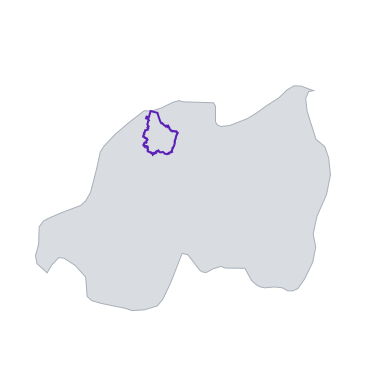 Nyabihu, Western, Rwanda (highlighted), rotated 17°
{"feature_id": "39286606B61881490568352", "entity_name": "Nyabihu", "entity_type": "district", "adm_level": 2, "iso_a3": "RWA", "parent_name": "Rwanda", "parent_adm1": "Western", "projection": "robinson", "projection_center": [29.504, -1.642], "detail": "fine", "context": "in_parent", "style": "outline", "palette": "violet", "viewbox_px": 384, "rotation_deg": 17, "n_neighbors": 0, "source": "geoboundaries", "source_scale": "gbopen_adm2", "svg_char_len": 5971}
<svg xmlns="http://www.w3.org/2000/svg" viewBox="0 0 384 384"><g transform="rotate(17 192 192)"><path d="M152.9,108.4L157.3,108.3L186.4,100.4L189.3,102.9L194.0,118.1L196.4,120.4L200.5,120.9L208.6,117.4L223.6,105.5L230.1,98.2L237.8,88.0L247.6,76.5L253.1,66.5L258.5,60.6L265.5,58.8L273.2,59.3L278.6,59.5L274.2,61.9L273.3,69.2L278.4,81.0L295.1,105.3L305.7,109.8L312.6,119.2L319.4,135.1L321.4,155.0L318.6,179.0L320.2,196.8L326.4,208.5L328.0,223.7L325.1,242.3L321.5,253.4L317.3,257.1L312.6,258.5L306.2,257.2L298.3,258.8L289.8,262.3L284.5,262.8L281.1,262.1L274.8,259.2L264.9,249.5L246.4,254.9L241.4,254.7L234.6,259.3L229.1,264.9L225.7,265.4L222.3,264.6L206.3,253.2L200.5,253.6L198.1,285.5L195.4,303.2L192.1,311.1L180.7,318.7L169.2,323.0L162.9,322.7L137.7,325.1L127.8,325.2L122.3,322.6L115.2,304.5L101.8,296.4L89.0,292.7L83.7,293.7L79.1,303.2L77.1,311.7L64.7,305.8L60.9,298.7L60.6,286.6L56.0,269.9L58.6,262.9L63.4,258.3L73.8,249.5L89.5,237.4L92.9,231.6L95.1,221.9L94.1,199.4L92.6,180.5L94.5,173.7L101.7,159.1L111.3,144.1L122.6,128.2L129.3,126.6L138.2,120.6L147.6,111.7L152.9,108.4Z" fill="#d9dde1" stroke="#a8b0b8" stroke-width="1"/><path d="M133.7,161.9L134.5,161.4L134.8,161.4L134.9,161.6L135.1,161.5L135.3,161.6L135.7,161.5L135.9,161.4L136.1,161.4L136.3,161.7L136.7,162.0L136.5,162.4L136.3,162.7L136.2,163.0L136.3,163.2L136.7,163.1L136.9,163.4L137.0,163.6L137.2,163.8L137.3,163.8L137.5,164.1L137.5,164.3L137.4,164.5L137.6,165.1L137.5,165.6L137.5,165.8L138.0,166.1L138.3,166.2L138.6,166.2L138.9,166.1L139.2,166.2L139.3,166.1L139.5,166.2L140.2,166.1L140.4,166.1L140.6,166.3L140.9,166.2L141.0,166.3L141.2,166.5L141.3,166.4L141.5,166.7L141.7,166.8L141.9,166.9L142.0,166.8L142.5,166.8L142.5,166.7L142.7,166.8L142.8,166.7L142.9,166.8L143.0,166.7L143.0,167.0L143.3,167.3L143.6,167.8L143.8,167.5L144.1,167.3L144.2,167.0L144.3,166.9L144.4,166.7L144.5,166.3L144.8,166.3L144.9,166.2L145.1,166.1L145.1,165.6L145.4,165.1L145.5,165.1L145.4,165.0L145.5,164.9L145.6,164.7L145.8,164.4L145.7,164.3L145.8,163.8L146.0,163.7L146.2,163.8L146.3,164.0L146.3,163.8L146.5,163.9L146.7,163.7L146.8,163.6L146.9,163.2L147.0,163.0L147.0,162.9L147.2,162.7L147.5,162.7L147.6,162.4L147.7,162.2L147.8,162.3L147.9,162.2L148.1,162.4L148.4,162.6L148.9,163.2L149.2,163.2L149.6,163.2L149.8,163.4L150.1,163.4L150.4,163.2L151.0,163.1L151.3,162.9L151.4,162.7L151.8,162.6L152.1,162.3L152.4,162.3L152.5,162.3L152.9,162.3L153.3,162.6L153.9,162.8L154.3,163.2L154.5,163.1L155.2,163.3L155.6,163.1L155.8,163.1L156.0,163.2L156.7,163.1L156.9,163.2L157.0,163.2L157.5,162.6L157.8,162.7L158.0,162.6L158.2,162.4L158.3,162.2L158.5,162.1L158.4,162.0L158.4,161.8L158.2,161.6L158.3,161.3L158.5,161.2L158.9,161.0L159.2,161.0L159.3,160.7L159.5,160.6L159.6,160.3L159.7,160.2L159.8,160.1L160.1,160.1L160.1,159.9L160.3,159.8L160.5,159.9L160.6,159.7L161.0,159.5L161.2,159.4L161.0,159.1L160.8,159.0L160.8,158.8L160.8,158.7L160.8,158.4L160.6,158.3L160.7,158.1L160.7,157.8L160.7,157.7L160.7,157.2L160.7,156.8L160.6,156.6L160.7,156.3L160.6,156.1L160.4,155.9L160.4,155.7L160.5,155.4L160.6,155.2L161.0,155.2L161.0,154.7L161.1,154.1L161.1,153.8L161.3,153.5L161.3,153.1L161.3,152.8L161.4,152.5L161.4,152.3L161.3,152.1L161.2,151.7L161.3,151.4L161.3,151.2L161.2,150.5L161.2,150.0L161.2,149.9L161.2,149.7L161.1,149.4L161.1,149.2L160.9,148.9L160.6,148.9L160.6,148.6L160.6,148.3L160.6,148.2L160.6,147.9L160.5,147.5L160.6,147.3L160.6,147.2L160.6,146.8L160.5,146.6L160.6,146.3L160.7,146.2L160.9,145.7L160.6,145.2L160.6,144.3L160.5,144.0L160.5,143.7L160.6,143.4L160.6,143.2L160.6,142.9L160.7,142.5L160.7,142.3L160.5,142.2L160.8,141.3L160.8,140.9L160.9,140.5L160.8,140.4L161.0,140.3L161.1,139.6L160.4,139.3L160.0,139.4L159.7,139.2L159.5,138.6L159.3,138.5L159.0,138.5L158.8,138.7L158.5,139.0L157.9,138.9L157.7,139.1L157.2,138.9L157.0,139.0L156.8,139.0L156.5,139.1L156.2,139.4L156.1,139.5L155.8,139.5L155.5,139.8L155.2,139.5L154.9,139.5L154.7,139.4L154.1,139.5L154.1,139.3L153.9,139.2L154.0,139.1L153.5,139.0L153.3,138.7L152.8,138.7L152.7,138.6L152.4,138.4L152.1,138.3L152.0,138.2L151.9,137.9L151.7,137.7L151.7,137.4L150.5,136.2L150.5,136.3L150.4,136.3L150.2,136.4L150.2,136.6L150.2,137.1L149.7,137.2L149.5,136.7L149.4,136.7L149.3,136.0L149.1,135.9L148.7,136.4L148.2,136.5L148.0,136.3L147.8,136.6L147.7,136.9L147.4,136.7L147.3,136.4L147.2,136.4L147.0,136.5L146.5,136.6L146.3,136.5L146.1,136.3L145.3,136.0L145.1,135.8L143.6,135.0L143.5,135.3L143.1,135.2L142.7,135.3L142.4,135.2L142.2,135.0L142.1,134.9L141.2,134.0L140.4,133.0L137.8,129.4L135.8,126.4L128.7,126.7L128.9,133.0L127.0,133.1L127.0,133.6L126.5,133.6L126.5,135.0L127.5,135.0L127.5,134.6L128.4,134.6L128.5,134.6L128.8,134.8L128.9,135.0L128.9,135.4L129.9,136.1L129.3,137.0L129.3,137.3L129.3,137.6L129.5,138.1L129.5,138.4L129.5,139.1L129.4,139.5L129.6,139.9L129.6,140.6L129.8,140.8L131.2,141.9L130.8,142.2L131.0,142.7L131.1,142.8L131.2,143.1L131.4,143.4L130.7,143.7L130.9,144.1L131.6,145.2L130.6,146.0L129.2,146.6L129.4,147.3L129.3,147.5L129.2,148.3L129.3,148.4L129.3,149.0L129.2,149.2L129.2,149.7L128.9,149.8L129.2,150.3L129.1,150.6L129.3,150.7L129.0,151.1L129.1,151.5L129.2,151.9L129.0,152.5L128.9,152.7L128.9,153.0L129.0,153.2L129.1,153.3L129.4,153.0L129.7,153.0L129.9,153.1L130.1,153.1L130.3,153.2L130.4,153.6L130.6,153.9L131.1,154.1L131.4,153.8L131.6,153.9L131.9,153.9L132.1,154.1L132.3,154.0L132.5,154.2L132.9,154.1L133.0,154.2L133.3,154.1L133.4,154.3L133.6,154.6L133.8,154.7L134.1,154.9L134.1,155.1L133.9,155.1L133.8,155.3L133.9,155.5L133.7,155.6L133.6,155.9L133.6,156.0L133.5,156.5L133.4,156.6L133.4,156.8L133.5,157.1L133.9,157.6L133.7,157.8L133.8,158.3L133.1,158.5L133.0,158.4L132.6,158.3L132.2,158.6L132.1,158.8L132.1,159.0L132.0,159.4L132.1,159.5L132.1,159.9L132.0,160.0L131.9,160.1L131.8,160.5L131.9,160.8L131.8,161.0L131.8,161.4L132.0,161.4L132.1,161.5L132.3,161.4L132.4,161.5L132.5,161.7L132.6,161.8L132.6,161.7L132.8,161.9L133.1,161.9L133.1,161.7L133.3,161.8L133.4,162.0L133.4,161.9L133.5,162.0L133.6,161.9L133.7,162.0L133.7,161.9Z" fill="none" stroke="#5b21b6" stroke-width="2"/></g></svg>